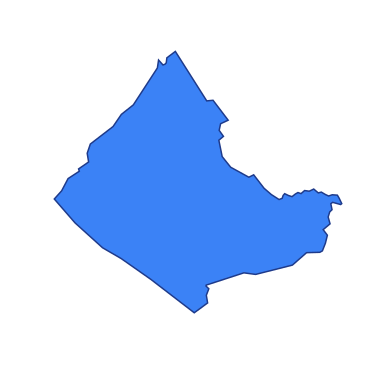 outline of Tarariras, Colonia, Uruguay, rotated 143°
{"feature_id": "84410073B21543220364464", "entity_name": "Tarariras", "entity_type": "district", "adm_level": 2, "iso_a3": "URY", "parent_name": "Uruguay", "parent_adm1": "Colonia", "projection": "robinson", "projection_center": [-57.64, -34.265], "detail": "fine", "context": "isolated", "style": "filled", "palette": "blue", "viewbox_px": 384, "rotation_deg": 143, "n_neighbors": 0, "source": "geoboundaries", "source_scale": "gbopen_adm2", "svg_char_len": 1082}
<svg xmlns="http://www.w3.org/2000/svg" viewBox="0 0 384 384"><g transform="rotate(143 192 192)"><path d="M77.8,102.0L81.7,105.4L85.3,106.6L87.0,109.8L88.8,114.1L91.7,115.3L93.0,121.1L97.9,122.1L101.2,125.4L105.9,125.1L107.7,127.8L110.6,128.2L114.9,128.1L117.1,131.2L119.0,134.9L121.3,134.4L123.8,132.7L127.0,133.6L130.2,142.3L132.2,151.7L132.4,168.6L137.7,169.6L146.2,188.5L146.6,202.1L139.4,217.2L133.4,217.5L133.2,224.9L128.1,229.3L119.9,227.6L120.0,252.6L125.4,255.9L120.7,314.3L131.3,314.3L134.8,310.7L136.5,310.3L138.7,310.9L139.3,317.5L145.0,311.9L186.4,296.9L201.7,296.5L215.6,291.8L244.3,291.5L252.4,286.0L256.5,278.2L268.7,278.7L269.5,276.4L282.9,277.3L295.4,271.4L306.2,269.3L304.0,237.7L297.0,201.3L288.6,181.4L287.5,178.0L277.5,147.1L262.9,94.2L246.3,94.0L242.7,100.9L236.8,104.6L237.4,108.4L236.7,109.1L199.2,96.2L190.8,87.9L155.8,73.2L137.0,74.6L126.2,66.9L123.3,66.5L116.3,70.8L109.9,76.0L109.9,83.0L100.9,83.5L98.3,90.1L94.0,93.2L90.8,93.6L88.2,99.1L85.9,99.1L80.8,92.5L79.4,92.6L78.2,98.5L77.8,102.0Z" fill="#3b82f6" stroke="#1e3a8a" stroke-width="1.5"/></g></svg>